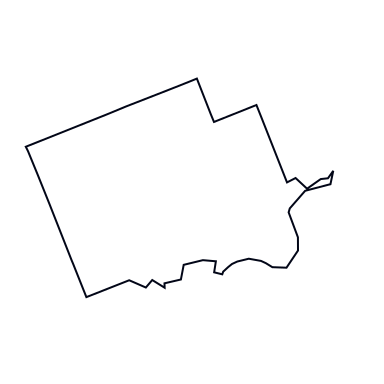 Faulkner, Arkansas, United States of America, rotated 247°
{"feature_id": "52423323B52169661365979", "entity_name": "Faulkner", "entity_type": "district", "adm_level": 2, "iso_a3": "USA", "parent_name": "United States of America", "parent_adm1": "Arkansas", "projection": "robinson", "projection_center": [-92.416, 35.105], "detail": "fine", "context": "isolated", "style": "outline", "palette": "ink", "viewbox_px": 384, "rotation_deg": 247, "n_neighbors": 0, "source": "geoboundaries", "source_scale": "gbopen_adm2", "svg_char_len": 742}
<svg xmlns="http://www.w3.org/2000/svg" viewBox="0 0 384 384"><g transform="rotate(247 192 192)"><path d="M104.4,187.7L106.5,189.6L108.8,196.1L110.1,200.7L110.3,206.5L108.4,218.2L101.6,228.6L97.6,232.2L91.4,236.6L85.4,249.4L96.7,266.7L108.9,271.8L135.5,273.0L138.7,275.6L148.9,296.6L145.1,322.5L156.3,330.3L151.5,322.5L153.6,315.6L150.1,299.2L164.4,292.8L163.7,283.2L232.8,285.0L246.9,285.3L247.9,239.6L256.5,239.7L294.5,240.8L294.6,232.8L295.1,212.3L296.5,164.9L296.7,143.6L298.6,56.7L293.6,57.0L267.7,56.7L236.7,56.1L175.8,54.5L172.3,54.5L136.5,53.7L135.3,99.7L122.1,112.2L126.5,121.0L114.6,129.4L118.7,131.0L115.8,147.6L128.2,155.9L125.0,175.4L118.9,186.9L109.4,181.0L104.4,187.7Z" fill="none" stroke="#020617" stroke-width="2"/></g></svg>